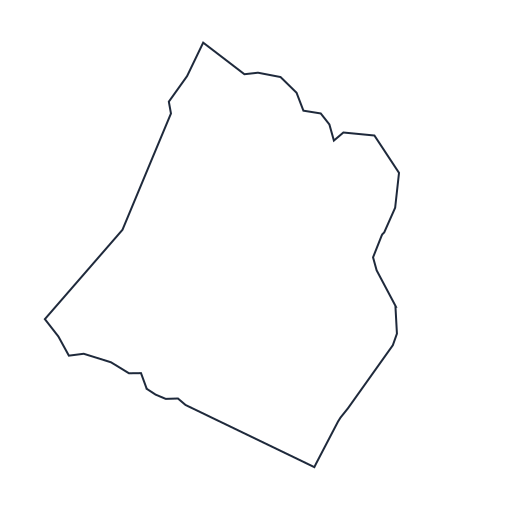 Duplin, North Carolina, United States of America, rotated 26°
{"feature_id": "52423323B66062574427882", "entity_name": "Duplin", "entity_type": "district", "adm_level": 2, "iso_a3": "USA", "parent_name": "United States of America", "parent_adm1": "North Carolina", "projection": "robinson", "projection_center": [-77.918, 34.952], "detail": "fine", "context": "isolated", "style": "outline", "palette": "slate", "viewbox_px": 512, "rotation_deg": 26, "n_neighbors": 0, "source": "geoboundaries", "source_scale": "gbopen_adm2", "svg_char_len": 828}
<svg xmlns="http://www.w3.org/2000/svg" viewBox="0 0 512 512"><g transform="rotate(26 256 256)"><path d="M370.7,216.0L361.8,205.9L360.0,182.5L360.0,181.2L360.9,178.6L360.0,153.9L359.9,151.6L348.1,118.6L309.6,95.8L280.4,106.7L275.4,118.1L264.3,105.6L251.7,99.5L234.9,104.6L220.9,91.5L199.6,84.4L177.4,90.4L174.6,92.2L165.9,97.7L115.0,87.4L115.2,124.5L110.0,155.5L117.1,165.2L119.6,208.1L119.8,211.7L124.5,291.0L93.9,405.3L113.7,415.0L131.5,427.6L144.0,419.4L172.3,415.1L193.2,417.1L204.0,411.7L215.4,422.7L215.5,422.9L215.6,423.0L215.9,423.0L216.1,423.1L216.1,423.3L226.5,424.6L237.5,424.0L248.3,418.3L258.0,420.8L399.2,420.2L400.7,420.2L401.0,420.2L401.0,416.4L402.3,368.7L402.8,364.1L405.4,352.6L418.1,276.2L416.7,264.0L403.6,240.5L404.0,240.3L403.1,239.6L370.7,216.0Z" fill="none" stroke="#1e293b" stroke-width="2"/></g></svg>